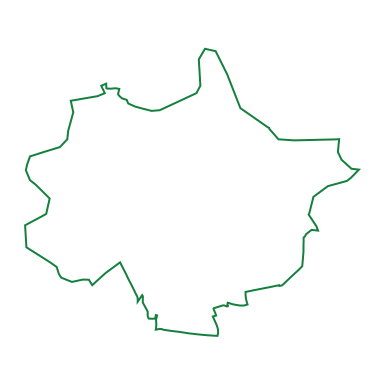 Port-Harcourt, Rivers, Nigeria (orthographic projection), rotated 181°
{"feature_id": "59680162B27901935497545", "entity_name": "Port-Harcourt", "entity_type": "district", "adm_level": 2, "iso_a3": "NGA", "parent_name": "Nigeria", "parent_adm1": "Rivers", "projection": "orthographic", "projection_center": [7.015, 4.783], "detail": "fine", "context": "isolated", "style": "outline", "palette": "green", "viewbox_px": 384, "rotation_deg": 181, "n_neighbors": 0, "source": "geoboundaries", "source_scale": "gbopen_adm2", "svg_char_len": 2109}
<svg xmlns="http://www.w3.org/2000/svg" viewBox="0 0 384 384"><g transform="rotate(181 192 192)"><path d="M116.1,257.4L117.9,258.4L145.1,276.7L158.9,310.3L170.8,333.2L181.5,335.4L187.5,324.8L185.5,298.4L189.3,290.9L225.7,273.2L233.8,272.4L242.8,274.5L250.3,276.4L257.3,279.4L258.9,283.0L263.6,284.4L266.1,286.5L267.6,288.4L267.3,290.3L266.5,293.8L270.2,294.4L275.0,293.9L278.7,293.9L279.4,294.3L279.7,298.8L284.6,296.6L280.9,289.3L288.0,286.2L314.8,281.1L312.1,269.6L316.9,250.8L317.6,242.5L324.9,234.6L340.0,229.7L354.6,224.8L357.3,216.6L358.5,210.9L354.2,201.0L348.4,196.6L334.2,183.0L337.4,167.5L358.3,155.8L356.6,133.8L332.8,119.3L326.0,114.7L323.7,107.8L321.3,104.1L310.5,100.0L299.7,102.5L293.6,102.5L290.1,97.1L287.7,99.4L286.8,100.3L276.7,109.7L262.7,120.4L258.0,111.6L255.7,107.2L254.3,104.2L251.3,98.8L248.4,93.2L245.8,88.0L245.2,87.1L244.7,85.8L244.4,84.0L244.4,81.4L240.0,88.0L239.3,86.9L239.3,82.8L239.3,81.1L239.2,80.6L238.8,79.8L237.8,78.0L236.4,75.5L235.0,73.1L234.4,72.0L234.2,71.5L234.2,69.9L234.2,68.4L234.1,67.3L233.9,66.7L233.3,65.0L233.0,64.7L229.9,64.6L227.0,64.7L226.6,64.9L226.0,68.3L224.7,68.0L225.7,64.0L225.4,58.8L225.5,55.7L225.8,53.7L222.2,54.5L220.7,54.5L219.9,54.4L218.4,53.8L209.1,52.6L201.9,51.9L193.4,50.7L181.8,49.6L173.7,49.0L166.4,48.7L164.0,48.6L163.7,50.1L163.4,51.7L163.7,55.3L164.9,59.1L169.0,67.9L165.7,68.9L166.7,71.6L168.0,74.4L168.4,75.7L168.1,76.2L163.6,77.7L159.3,79.1L158.1,79.2L156.8,78.8L155.5,78.3L154.3,78.3L154.0,78.7L154.7,80.1L154.3,81.9L149.1,80.4L144.7,79.7L142.0,79.3L138.0,79.4L134.5,80.5L135.2,82.6L136.1,85.9L136.6,89.2L136.7,93.0L130.1,94.5L129.7,94.6L120.8,96.5L113.7,98.0L104.8,100.0L103.3,100.3L103.2,99.7L102.7,99.6L100.2,100.3L98.6,101.8L93.8,106.6L87.6,112.6L83.9,116.1L80.5,119.7L80.0,126.4L79.5,134.2L79.6,141.1L79.5,144.9L79.6,147.3L79.5,148.5L78.3,149.5L77.2,151.8L71.8,156.2L65.3,155.6L67.0,159.9L75.0,171.5L74.3,172.9L70.5,189.3L56.3,200.2L37.2,205.8L33.1,209.2L25.5,217.3L32.9,218.0L43.0,226.8L46.8,234.5L45.8,247.4L49.4,247.1L90.9,245.4L106.5,246.2L115.7,256.4L116.1,257.4Z" fill="none" stroke="#15803d" stroke-width="2"/></g></svg>